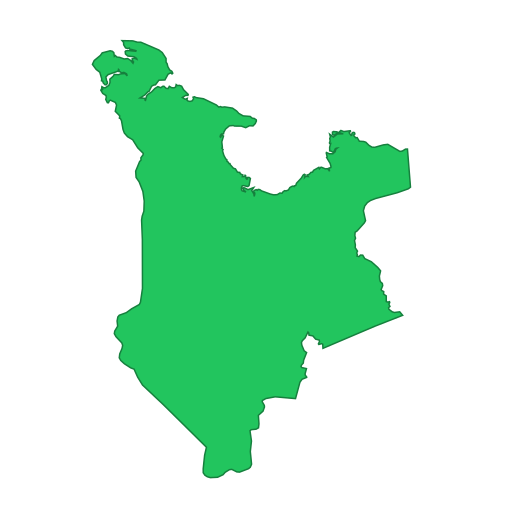 Metuge, Cabo Delgado, Mozambique, rotated 268°
{"feature_id": "85939544B43724113746926", "entity_name": "Metuge", "entity_type": "district", "adm_level": 2, "iso_a3": "MOZ", "parent_name": "Mozambique", "parent_adm1": "Cabo Delgado", "projection": "albers", "projection_center": [40.398, -12.923], "detail": "fine", "context": "isolated", "style": "filled", "palette": "green", "viewbox_px": 512, "rotation_deg": 268, "n_neighbors": 0, "source": "geoboundaries", "source_scale": "gbopen_adm2", "svg_char_len": 6146}
<svg xmlns="http://www.w3.org/2000/svg" viewBox="0 0 512 512"><g transform="rotate(268 256 256)"><path d="M191.6,400.5L195.2,397.7L194.7,392.3L195.5,390.1L198.2,386.9L199.8,386.7L200.9,388.1L203.3,387.1L204.7,388.0L205.7,387.8L205.3,386.2L205.9,384.6L211.6,384.8L213.4,382.2L216.0,382.4L217.1,380.4L218.1,379.9L222.0,381.6L224.2,381.3L226.0,379.4L228.2,378.8L231.7,378.6L236.8,380.0L240.4,377.2L246.2,371.1L249.6,364.6L253.1,362.7L253.3,360.4L251.8,358.9L252.4,356.9L253.9,357.3L255.5,356.7L257.3,357.6L260.9,355.4L263.6,355.7L268.0,355.0L270.3,356.1L272.8,355.5L276.3,355.9L277.4,357.8L285.3,365.4L287.5,366.7L297.5,364.9L302.2,366.4L305.5,369.2L307.5,372.4L309.3,377.6L314.3,399.4L317.8,410.5L319.4,412.8L357.6,411.1L357.6,409.1L355.8,405.9L355.5,403.5L363.0,391.6L362.6,387.1L360.5,378.6L360.7,375.8L362.7,372.7L365.9,369.7L366.7,367.5L367.1,363.3L370.8,361.2L370.7,359.7L372.8,358.0L373.7,358.0L374.5,359.1L375.9,358.7L376.2,357.4L375.4,356.2L373.3,355.9L373.1,355.2L375.9,353.4L377.3,354.8L377.9,354.6L377.3,348.1L378.5,345.2L377.3,343.8L375.9,344.4L375.1,347.5L375.1,341.6L372.1,337.5L375.1,333.9L372.4,334.5L370.9,333.8L368.3,334.1L366.7,333.4L365.9,333.5L365.9,334.6L362.1,333.4L358.5,333.3L358.1,334.9L357.0,336.5L357.8,337.6L360.3,338.9L360.9,339.9L361.0,341.0L359.9,339.5L357.5,338.8L355.5,336.4L355.6,333.0L357.0,330.0L356.5,329.8L352.6,330.6L352.0,330.0L346.0,333.3L343.1,334.0L341.8,333.9L341.3,332.0L338.1,332.5L340.8,330.6L340.7,328.3L342.4,324.6L342.4,323.9L340.9,322.4L342.4,321.9L339.6,316.5L337.8,315.4L337.7,313.9L335.8,312.0L335.1,309.9L333.6,310.9L333.9,308.3L332.9,307.4L335.6,307.9L336.0,307.2L335.4,306.1L332.2,303.9L327.3,299.0L325.1,298.2L324.8,296.9L324.1,296.5L324.6,295.4L324.2,294.0L323.2,292.2L320.9,290.7L320.0,288.3L320.3,287.0L319.4,285.4L317.8,284.2L318.1,282.1L316.6,279.4L316.5,275.8L317.4,272.5L320.9,263.8L322.2,262.1L322.5,260.5L321.6,259.6L322.3,258.5L321.5,256.3L319.6,255.8L319.3,256.8L318.2,257.0L315.6,256.3L318.1,256.0L321.6,254.0L324.5,256.1L322.6,250.3L324.5,246.9L324.6,245.5L324.1,245.2L322.5,245.9L320.3,248.2L321.6,244.4L322.6,243.8L324.8,243.8L326.6,244.7L326.8,245.9L325.7,250.2L326.6,251.5L333.7,253.1L334.8,251.8L334.8,250.1L334.5,249.6L333.3,250.1L333.0,249.6L333.9,248.7L336.8,248.4L337.1,247.9L335.8,247.4L335.8,245.1L337.4,245.7L338.7,243.2L340.1,242.7L340.4,240.4L343.8,238.5L344.5,236.5L348.1,233.5L349.2,233.2L349.2,232.4L350.8,231.5L351.6,230.3L353.1,230.3L354.2,229.1L357.7,227.4L362.3,226.2L363.5,226.8L365.0,225.6L365.7,226.2L371.3,225.8L377.0,227.7L378.1,226.1L375.9,224.8L376.4,224.3L378.2,224.8L379.2,226.0L379.2,227.8L381.2,228.3L384.0,230.1L387.0,233.9L387.2,237.8L386.6,239.1L386.3,245.9L384.6,250.2L386.4,254.0L386.1,257.6L388.4,259.9L390.9,261.1L392.1,261.0L393.6,258.9L393.7,257.3L395.7,255.0L396.5,248.0L399.1,243.8L401.5,241.8L404.6,237.7L406.1,230.0L405.9,227.0L406.6,225.8L406.1,224.0L408.3,221.7L415.0,209.0L416.4,201.7L417.3,200.0L416.9,198.6L415.2,199.1L413.2,197.5L412.8,195.4L413.2,193.6L414.2,192.4L415.9,192.8L415.1,190.6L417.0,187.9L419.0,191.3L418.9,193.6L419.9,193.9L424.7,189.4L428.3,187.6L429.2,185.5L429.1,183.5L430.1,182.2L427.7,181.6L426.9,179.9L427.2,177.5L428.6,175.3L426.4,174.0L426.7,172.0L428.9,169.9L428.8,168.6L427.5,166.8L428.7,163.8L426.9,160.7L423.6,157.4L421.5,153.9L419.8,152.3L415.4,151.0L415.7,150.5L417.4,150.8L418.0,145.6L420.9,150.6L423.9,153.6L424.2,154.8L429.3,157.6L430.4,159.7L430.6,161.5L435.1,165.1L435.1,171.1L440.8,174.5L442.0,177.1L440.9,178.4L441.6,179.2L443.5,178.4L445.0,176.2L448.3,174.5L451.3,173.9L452.8,172.9L456.6,173.0L462.6,169.4L465.3,166.1L473.7,148.3L473.8,145.0L475.3,140.4L475.9,129.7L474.1,131.1L471.7,131.1L468.5,132.9L467.9,134.9L468.2,136.8L466.7,137.3L466.8,138.8L465.4,143.2L464.8,143.0L465.8,135.4L465.5,133.0L464.9,132.4L462.4,132.6L460.3,134.9L459.4,141.1L457.7,143.5L456.8,143.8L457.9,141.7L457.5,139.2L456.0,139.2L454.2,140.4L452.9,139.8L455.9,137.5L457.8,134.6L457.5,131.2L459.3,126.6L459.6,124.1L461.3,122.3L460.5,121.4L464.2,121.0L465.6,119.6L466.2,117.4L464.4,109.4L461.9,107.5L457.0,101.1L453.2,99.2L448.0,102.8L445.1,106.3L438.4,108.0L436.5,107.7L436.0,109.0L434.4,109.3L432.4,111.1L432.3,112.2L433.4,113.3L435.0,113.6L436.4,112.8L440.2,112.2L442.5,114.6L445.4,124.1L446.0,124.9L447.2,125.1L446.6,125.7L445.1,125.5L444.9,126.6L443.7,128.0L444.1,130.4L442.6,133.0L440.5,133.6L442.9,131.4L442.7,127.0L442.0,124.9L442.4,120.7L440.7,119.6L437.8,116.1L434.6,116.2L431.7,114.9L429.4,111.3L429.4,109.8L430.6,107.9L429.0,107.6L428.1,108.6L427.5,108.2L427.7,107.0L427.1,106.7L423.8,108.5L421.6,111.7L419.8,111.9L417.7,111.3L414.4,112.8L414.3,113.9L416.3,114.9L416.8,115.9L414.4,120.8L411.7,121.9L405.5,120.4L400.8,124.7L398.5,124.3L398.1,125.3L395.8,126.3L387.2,127.5L383.5,128.7L379.7,131.8L376.5,136.8L368.2,141.6L362.5,146.9L361.1,146.7L358.2,144.4L355.8,144.4L354.5,143.0L345.0,138.7L338.7,138.9L334.2,141.8L324.5,145.2L314.8,146.2L304.7,145.5L299.7,143.6L295.9,142.9L276.3,143.0L227.5,141.4L213.8,138.9L211.6,137.7L207.6,129.9L203.9,124.4L201.6,117.3L199.9,115.8L195.9,114.9L190.7,115.3L185.9,112.2L183.3,111.7L180.2,113.3L173.8,118.9L171.3,119.6L168.3,118.9L162.9,116.4L159.0,115.8L156.3,117.2L152.9,120.7L148.5,127.0L147.2,130.2L139.1,133.5L131.0,138.1L110.8,158.1L66.6,199.8L58.7,197.7L45.2,195.8L41.2,195.7L38.7,197.3L37.1,199.6L36.1,202.6L36.2,209.9L38.6,215.5L40.9,217.6L43.4,222.0L43.6,224.4L40.9,229.3L40.6,232.1L43.7,241.1L45.1,242.9L48.1,244.3L60.8,243.5L71.2,245.0L81.6,243.9L82.6,245.2L82.9,250.0L84.2,252.5L88.1,253.1L96.7,252.8L100.7,257.6L104.8,259.2L106.4,259.1L110.2,257.1L111.4,257.4L113.2,260.9L114.6,270.3L112.1,290.5L128.3,295.5L131.2,297.7L132.9,302.4L133.9,302.2L134.7,301.2L136.4,300.9L141.7,302.5L142.9,297.9L143.9,297.1L145.6,297.8L147.3,299.5L150.3,300.0L157.7,303.2L159.6,300.8L165.2,298.7L167.9,298.4L169.7,299.3L172.4,302.2L178.2,305.3L177.3,306.0L175.0,306.2L174.2,310.0L170.8,312.7L169.8,316.2L168.4,316.5L166.0,315.3L165.4,315.7L166.1,318.5L165.5,319.6L161.4,319.7L181.7,372.4L191.6,400.5ZM377.1,336.7L374.9,336.7L373.9,338.2L375.9,341.3L375.5,343.3L376.4,342.9L377.3,341.1L377.7,337.7L377.1,336.7Z" fill="#22c55e" stroke="#15803d" stroke-width="1.5"/></g></svg>